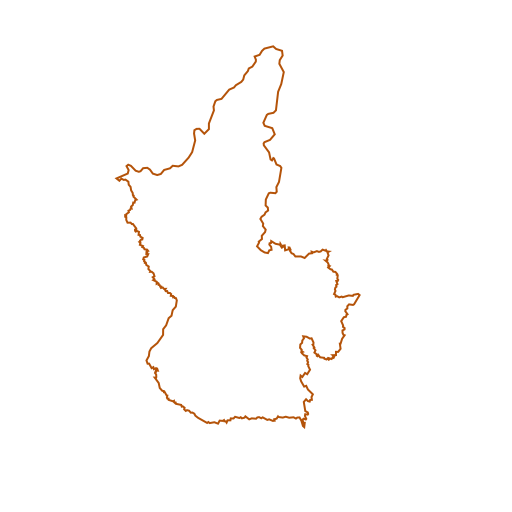 Santa Isabel do Rio Negro, Amazonas, Brazil, rotated 135°
{"feature_id": "56859067B13835224033423", "entity_name": "Santa Isabel do Rio Negro", "entity_type": "district", "adm_level": 2, "iso_a3": "BRA", "parent_name": "Brazil", "parent_adm1": "Amazonas", "projection": "robinson", "projection_center": [-65.415, -0.252], "detail": "fine", "context": "isolated", "style": "outline", "palette": "amber", "viewbox_px": 512, "rotation_deg": 135, "n_neighbors": 0, "source": "geoboundaries", "source_scale": "gbopen_adm2", "svg_char_len": 6162}
<svg xmlns="http://www.w3.org/2000/svg" viewBox="0 0 512 512"><g transform="rotate(135 256 256)"><path d="M344.4,308.0L345.9,306.6L344.4,306.1L344.3,305.4L345.3,304.4L344.7,303.5L345.4,302.0L344.7,301.4L345.6,300.5L344.2,299.7L344.3,297.7L343.2,296.7L344.2,296.5L344.7,295.0L343.6,294.0L344.4,292.1L343.0,290.7L342.9,289.1L344.4,288.1L343.0,286.4L343.8,285.4L342.8,284.8L343.2,283.8L342.4,282.8L343.4,280.6L348.5,276.9L353.2,276.6L358.0,273.5L361.7,273.8L368.6,270.5L373.4,269.9L377.5,265.9L387.3,264.2L395.3,264.9L398.9,263.8L402.5,261.0L407.3,259.6L408.8,256.5L407.7,255.5L409.1,250.5L407.2,250.0L408.2,248.2L406.0,247.4L405.5,246.3L406.4,244.5L406.8,245.2L408.1,244.9L407.7,245.8L410.1,244.7L410.4,242.8L412.1,240.9L412.7,240.6L413.6,241.6L414.6,235.0L417.4,230.7L417.6,226.9L416.7,225.7L417.3,224.9L416.7,224.6L417.8,220.6L417.4,220.0L419.2,218.8L419.5,217.7L418.7,217.0L419.5,216.0L417.4,211.9L416.5,211.6L417.3,210.8L417.2,208.8L416.6,208.9L417.0,207.9L414.2,203.6L415.0,202.0L414.1,201.5L413.8,199.2L415.2,198.4L415.2,196.1L413.8,195.8L412.7,193.9L412.9,191.3L411.7,190.3L411.1,188.1L411.8,186.0L411.4,182.6L408.6,172.5L407.1,172.3L406.9,170.6L403.0,167.9L401.4,164.3L398.1,165.3L396.2,163.0L394.7,162.6L395.3,161.6L394.3,160.5L394.6,159.0L392.3,159.9L390.3,157.9L388.7,159.0L386.8,157.0L384.5,157.1L382.3,153.2L380.8,152.8L380.8,151.2L378.4,149.8L376.9,150.1L376.3,145.3L373.8,144.2L371.0,140.9L369.2,140.9L367.8,139.9L367.0,137.5L365.4,137.2L363.9,132.1L362.2,131.2L360.7,127.5L359.3,126.4L358.6,127.7L356.4,126.4L353.9,127.0L354.0,126.3L351.3,122.8L348.6,121.3L346.9,118.2L343.5,115.4L342.7,112.8L341.1,112.6L339.4,111.1L340.4,107.4L343.0,102.6L342.9,100.9L339.6,103.5L340.4,104.1L339.0,107.3L337.4,107.3L336.4,105.2L335.6,105.3L334.5,108.3L333.1,109.3L331.6,107.3L330.8,107.4L330.0,108.7L330.8,111.5L325.4,119.0L321.9,119.3L321.9,116.7L321.0,115.1L319.5,115.9L318.2,114.8L316.5,117.0L313.6,118.0L313.7,124.9L312.3,128.7L314.3,129.6L312.7,135.5L311.2,138.3L309.0,139.9L308.8,137.7L304.0,138.6L303.4,136.2L298.2,137.4L296.9,141.2L295.8,142.1L296.1,143.3L294.2,144.1L293.9,145.7L292.6,146.2L292.1,148.5L290.7,149.1L292.2,151.6L292.3,154.8L292.1,155.7L290.7,155.1L291.0,156.7L290.0,157.4L289.8,159.9L287.2,162.1L284.8,162.0L283.0,163.5L280.3,163.9L279.4,165.8L277.3,163.1L276.3,159.5L274.9,158.5L276.5,154.2L278.0,152.9L278.7,153.2L279.4,150.1L280.3,150.1L280.6,147.3L283.0,146.4L282.6,143.7L283.6,142.4L283.4,141.7L281.9,142.1L282.3,139.0L279.8,135.8L280.3,135.0L279.3,133.0L277.9,133.0L277.9,131.2L277.1,131.1L276.6,132.0L275.4,129.7L273.6,130.1L273.2,129.1L271.7,129.6L271.9,131.6L269.5,129.4L267.2,131.7L265.7,130.1L261.8,130.6L258.7,134.7L258.2,134.2L253.6,136.6L249.4,137.3L249.9,138.4L249.2,140.4L247.5,142.2L245.3,141.5L244.3,142.4L244.6,144.4L243.5,145.3L241.8,149.7L237.2,150.6L235.3,149.4L233.7,150.4L232.5,150.1L231.9,153.8L230.8,154.7L228.5,154.3L227.0,155.9L224.4,156.0L222.0,152.8L220.8,152.5L210.4,155.1L210.6,157.0L214.5,159.6L215.7,159.3L218.3,162.5L223.9,165.6L224.1,166.7L226.4,167.9L227.1,170.3L228.3,170.9L227.2,172.5L227.7,173.9L224.5,175.1L223.8,176.6L222.2,177.5L220.8,177.4L219.9,178.8L218.3,178.5L216.9,181.5L215.9,180.6L214.8,181.0L214.6,182.4L211.8,184.6L212.2,185.6L211.3,186.0L211.1,188.6L212.4,190.2L211.9,192.8L212.7,193.9L213.1,196.8L211.1,196.8L211.7,198.0L210.7,198.5L209.9,200.7L210.1,203.5L209.4,202.6L208.2,202.7L208.1,203.8L204.3,205.1L202.9,208.0L201.4,207.6L202.6,209.1L202.3,210.7L203.1,210.6L204.4,213.4L207.1,213.5L208.6,214.4L209.5,216.4L212.7,217.8L213.6,219.7L214.5,218.4L216.8,220.2L223.0,220.2L224.5,223.8L228.5,227.8L228.1,230.9L228.9,232.8L228.3,235.7L227.2,235.9L226.3,238.3L226.8,238.9L227.8,237.5L231.4,239.4L228.2,243.2L229.7,244.3L230.2,243.3L231.8,243.6L231.3,246.2L230.3,246.6L230.1,247.4L230.9,246.8L233.6,250.9L234.7,255.8L236.1,254.6L237.4,255.4L238.5,254.6L238.8,251.8L240.6,249.4L242.6,250.6L245.5,249.6L247.4,252.4L248.5,256.7L248.4,262.1L244.4,263.3L243.9,264.2L239.8,263.8L237.6,266.2L232.7,266.5L230.5,267.8L230.0,272.3L228.0,273.8L226.7,279.1L224.3,279.8L220.8,279.2L218.4,280.1L215.3,279.6L213.4,281.9L213.5,284.9L209.1,289.0L202.6,291.3L201.1,290.6L197.9,286.7L195.9,286.8L192.9,290.3L187.4,292.1L175.7,300.4L175.3,302.5L176.8,306.2L174.3,312.2L174.5,313.0L177.1,312.3L177.4,314.0L173.5,320.0L172.2,328.7L171.0,330.2L169.5,330.5L164.0,328.2L156.7,328.8L154.1,334.9L157.8,341.9L156.6,345.0L148.6,348.1L146.8,347.8L142.4,344.9L138.9,344.9L124.2,356.5L116.6,359.7L106.3,366.4L103.6,375.4L100.7,377.7L95.4,378.9L92.5,382.7L95.4,388.2L95.6,392.1L103.4,396.7L106.7,396.8L111.2,395.7L115.9,398.0L117.3,394.8L118.7,393.6L124.7,392.5L128.5,393.7L131.0,392.5L136.6,392.0L140.3,389.8L143.3,389.5L149.5,391.0L152.4,390.7L157.3,392.6L169.3,391.5L173.3,394.0L175.3,394.2L180.4,391.7L182.8,388.7L195.6,383.0L199.6,379.0L206.1,379.0L206.0,385.9L208.1,387.9L210.6,388.5L213.2,386.4L217.3,380.7L227.7,374.6L234.1,373.2L243.8,372.7L247.5,374.2L251.1,378.7L254.8,378.8L260.1,381.8L265.3,381.3L268.6,383.1L270.7,387.2L269.9,392.1L270.5,395.2L273.7,397.9L277.7,397.6L279.3,398.4L280.8,401.4L280.7,408.2L281.8,410.9L284.0,411.1L285.3,406.8L288.4,405.0L299.8,409.5L299.4,405.8L296.5,405.9L295.7,403.3L294.3,402.3L293.7,398.8L295.6,396.4L295.8,393.6L297.9,390.7L298.6,387.8L300.0,386.1L299.8,385.2L300.7,384.6L300.6,380.3L301.9,380.9L304.2,379.6L305.0,380.6L307.2,379.1L309.3,379.3L310.4,377.5L311.0,378.3L312.4,377.6L314.2,378.2L315.0,376.8L318.1,377.3L319.2,376.4L319.7,377.3L320.8,376.2L320.4,375.0L322.2,373.3L323.3,370.4L321.1,368.3L321.2,366.4L320.4,365.7L321.2,360.1L321.7,359.6L322.9,360.2L323.7,359.3L323.8,358.3L322.5,357.9L321.7,355.8L324.1,354.0L323.2,352.8L324.1,351.5L323.4,348.9L324.7,348.1L325.6,348.8L327.2,348.8L327.9,347.7L328.6,348.2L328.8,346.7L330.2,346.0L328.9,343.0L330.1,342.7L329.5,341.1L330.1,339.6L328.5,337.5L328.7,335.9L330.2,336.6L331.7,335.3L330.7,335.1L331.7,334.2L331.0,333.5L333.3,332.6L336.4,334.3L338.1,333.4L337.7,332.1L338.9,331.3L338.7,330.2L339.4,329.7L338.7,329.0L339.9,327.3L339.3,324.4L341.3,322.9L341.4,319.8L342.0,319.6L340.9,318.6L340.7,316.2L342.1,313.5L344.0,314.0L344.2,311.4L345.7,311.6L344.4,308.0Z" fill="none" stroke="#b45309" stroke-width="2"/></g></svg>